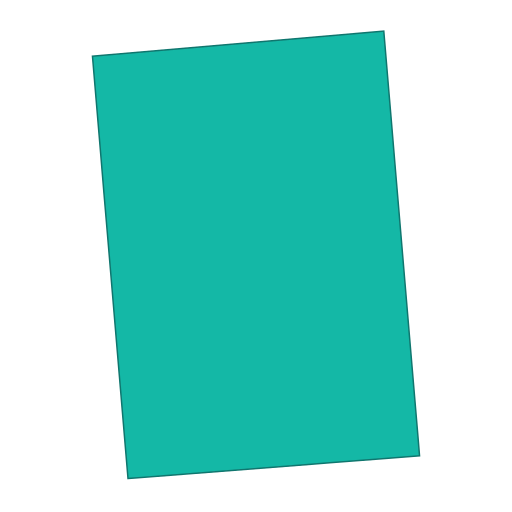 Guatraché, La Pampa, Argentina (Robinson projection), rotated 265°
{"feature_id": "61730980B9884818603028", "entity_name": "Guatraché", "entity_type": "district", "adm_level": 2, "iso_a3": "ARG", "parent_name": "Argentina", "parent_adm1": "La Pampa", "projection": "robinson", "projection_center": [-63.774, -37.483], "detail": "fine", "context": "isolated", "style": "filled", "palette": "teal", "viewbox_px": 512, "rotation_deg": 265, "n_neighbors": 0, "source": "geoboundaries", "source_scale": "gbopen_adm2", "svg_char_len": 438}
<svg xmlns="http://www.w3.org/2000/svg" viewBox="0 0 512 512"><g transform="rotate(265 256 256)"><path d="M45.5,109.1L45.4,116.3L43.7,294.8L43.6,312.3L43.0,367.9L42.7,401.5L62.1,401.6L164.9,401.9L288.6,402.3L328.6,402.4L376.8,402.6L412.7,402.7L467.9,402.9L468.9,402.9L469.3,117.6L469.3,110.5L468.4,110.5L377.0,110.2L333.0,110.0L287.1,109.9L227.2,109.7L49.2,109.1L45.5,109.1Z" fill="#14b8a6" stroke="#0f766e" stroke-width="1.5"/></g></svg>